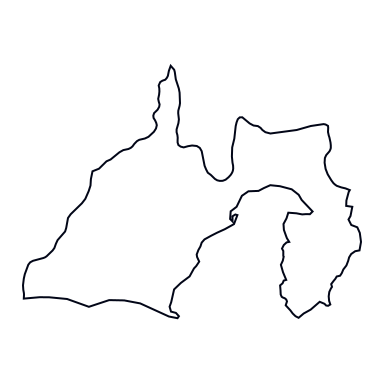 Shizuoka, Albers equal-area conic projection
{"feature_id": "JPN-1845", "entity_name": "Shizuoka", "entity_type": "Prefecture", "adm_level": 1, "iso_a3": "JPN", "parent_name": "Japan", "parent_adm1": "", "projection": "albers", "projection_center": [138.464, 35.111], "detail": "fine", "context": "isolated", "style": "outline", "palette": "ink", "viewbox_px": 384, "rotation_deg": 0, "n_neighbors": 0, "source": "natural_earth", "source_scale": "10m", "svg_char_len": 3294}
<svg xmlns="http://www.w3.org/2000/svg" viewBox="0 0 384 384"><path d="M349.8,190.1L348.7,192.0L346.4,200.5L346.2,205.9L352.3,206.8L351.4,211.4L350.5,216.0L348.5,219.5L351.3,225.0L357.3,227.3L359.8,232.9L361.0,241.9L359.5,250.4L355.2,251.2L351.2,254.0L349.1,257.4L348.2,260.8L346.4,265.5L343.3,269.5L341.8,273.1L340.1,275.7L336.7,276.5L335.3,278.9L333.7,280.8L331.2,284.1L332.0,286.9L330.9,288.5L329.3,291.9L328.7,296.3L329.1,300.8L330.3,304.5L328.1,305.8L326.1,305.5L324.5,303.8L319.7,301.8L310.7,309.6L303.7,313.5L298.6,317.8L295.5,316.2L292.7,313.5L290.4,310.4L285.7,305.3L287.0,301.4L286.2,299.5L284.7,298.2L283.2,297.7L281.7,296.8L280.7,294.5L280.5,290.2L280.1,285.4L282.6,283.3L283.7,280.6L286.2,279.9L283.0,272.2L280.9,264.8L282.8,260.7L283.7,256.6L283.3,256.0L283.3,251.0L282.0,248.6L283.8,245.0L286.6,242.4L289.2,241.9L286.9,238.2L286.0,235.8L283.9,229.9L283.5,224.0L286.5,218.4L288.3,212.7L296.4,213.3L302.2,214.4L306.1,214.1L309.9,214.2L312.6,211.5L301.7,200.0L298.7,194.8L291.7,189.3L279.9,186.2L270.3,185.2L263.8,188.1L258.5,190.9L248.4,191.3L241.9,195.8L236.6,206.8L230.7,211.3L230.1,219.0L232.5,221.4L232.5,216.3L235.3,214.5L237.4,215.1L234.0,224.1L224.8,229.2L217.1,232.7L211.2,235.7L204.5,239.4L201.7,242.6L200.4,246.5L198.4,250.0L196.7,254.5L197.1,257.0L199.2,261.6L196.2,266.1L194.0,268.4L189.6,276.4L180.9,282.9L174.1,289.4L171.2,302.2L169.6,306.7L171.0,311.6L175.9,312.9L178.9,316.2L177.5,318.2L168.9,316.5L140.2,303.4L124.2,300.4L109.2,300.1L88.9,306.8L67.1,299.0L49.4,297.3L39.7,297.2L23.8,298.6L24.0,294.7L23.9,293.1L23.3,289.8L23.0,285.3L23.8,278.7L24.8,274.2L28.3,264.7L30.2,262.3L33.0,260.8L43.4,258.0L45.1,257.3L46.6,256.3L52.6,250.5L54.4,248.0L55.9,243.8L57.6,240.1L65.1,231.5L66.2,228.0L68.0,218.0L70.7,214.2L81.9,203.3L85.3,198.9L88.7,191.1L90.5,185.5L90.9,179.1L92.5,171.3L99.0,168.7L106.5,161.3L110.6,159.5L119.4,152.3L123.3,150.1L128.4,149.0L130.7,147.9L132.5,146.4L134.3,143.9L137.0,141.1L139.3,139.8L144.9,138.5L148.5,136.8L153.9,131.8L156.0,128.5L156.8,125.2L156.2,122.8L155.1,120.4L153.6,118.0L153.3,115.7L154.1,113.1L157.6,109.7L159.2,106.8L159.6,104.4L158.8,101.8L158.2,98.9L159.1,94.6L159.4,91.5L159.3,88.4L158.7,85.5L160.2,82.1L162.4,80.7L165.3,79.7L166.9,77.8L167.9,75.8L168.9,70.8L170.7,65.8L174.2,69.8L174.8,72.1L175.8,79.3L178.8,88.5L179.6,92.7L180.0,103.2L179.6,105.8L178.3,110.7L178.2,113.2L178.9,119.4L178.4,123.2L176.6,129.4L176.6,132.2L177.4,135.1L177.7,137.7L177.6,140.1L177.6,142.5L178.4,145.0L180.6,146.6L183.7,147.4L188.0,146.2L192.1,145.5L196.8,146.0L199.8,147.9L201.7,151.2L204.6,165.8L206.1,169.4L207.8,172.7L210.8,174.9L214.9,178.9L217.2,180.3L219.8,180.9L222.7,180.8L225.6,179.7L228.6,177.2L230.7,174.9L231.8,173.2L232.5,171.8L232.9,170.5L233.2,168.6L233.1,165.7L232.5,162.7L231.9,156.5L232.2,147.4L234.3,138.7L235.7,126.1L236.6,122.3L237.8,119.2L239.7,117.4L242.3,117.3L249.6,123.4L253.5,125.5L257.9,126.1L260.6,127.9L262.4,130.0L265.4,132.2L270.4,133.5L296.7,130.0L310.8,126.0L323.6,124.1L325.6,124.5L328.0,125.9L328.2,127.7L328.0,132.0L328.4,133.8L328.7,135.3L329.4,137.4L330.5,142.5L330.8,145.3L330.8,148.0L330.4,149.4L329.5,151.3L326.2,155.1L324.9,158.0L324.6,162.7L325.6,168.9L327.7,174.3L331.4,180.4L333.4,183.1L334.8,184.4L336.7,185.8L341.3,187.4L345.5,188.4L349.8,190.1Z" fill="none" stroke="#020617" stroke-width="2"/></svg>